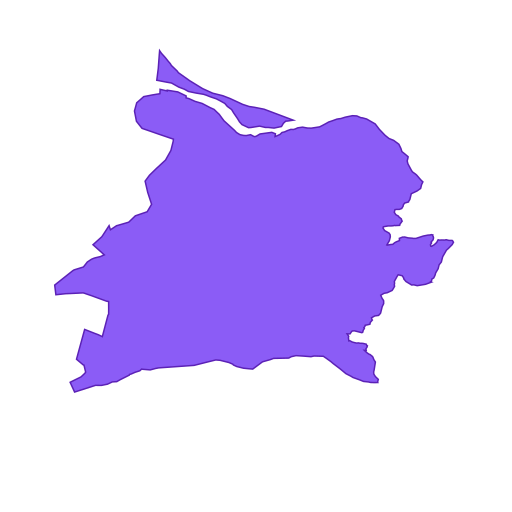 Dayrut, Asyut, Egypt (Robinson projection), rotated 284°
{"feature_id": "37247803B43857760448777", "entity_name": "Dayrut", "entity_type": "district", "adm_level": 2, "iso_a3": "EGY", "parent_name": "Egypt", "parent_adm1": "Asyut", "projection": "robinson", "projection_center": [30.795, 27.538], "detail": "fine", "context": "isolated", "style": "filled", "palette": "violet", "viewbox_px": 512, "rotation_deg": 284, "n_neighbors": 0, "source": "geoboundaries", "source_scale": "gbopen_adm2", "svg_char_len": 5799}
<svg xmlns="http://www.w3.org/2000/svg" viewBox="0 0 512 512"><g transform="rotate(284 256 256)"><path d="M389.1,379.6L390.9,376.0L392.6,372.3L395.4,370.6L399.0,367.6L401.5,361.6L402.2,356.6L404.4,351.9L408.7,345.1L413.0,339.7L415.7,330.2L415.8,326.1L415.6,324.1L416.3,320.0L415.5,315.7L413.8,312.1L412.3,309.0L409.9,305.1L409.3,303.5L408.4,301.4L405.7,297.4L403.6,294.1L401.3,291.7L398.6,288.7L396.7,286.5L393.3,278.4L393.3,278.2L393.2,277.6L392.6,274.9L392.3,270.0L390.8,266.3L390.4,265.4L388.8,263.4L387.8,261.7L387.3,259.2L385.1,255.9L383.4,253.8L382.1,251.3L379.9,250.0L377.8,247.4L376.5,245.6L379.3,245.3L379.8,241.4L375.4,230.4L372.5,227.5L371.9,226.7L371.4,225.4L372.4,221.4L370.5,217.4L370.0,214.8L369.9,212.3L369.9,211.0L371.1,207.2L372.8,204.6L375.9,198.8L379.4,192.3L381.5,189.7L384.6,186.0L386.5,182.6L388.1,179.9L388.9,175.5L391.0,166.8L391.3,159.5L392.5,152.8L392.5,149.9L394.4,149.5L396.3,140.4L395.4,129.8L394.7,130.0L394.6,128.2L394.5,122.6L393.0,123.0L392.6,123.0L390.4,123.5L390.2,123.5L388.7,119.9L387.0,116.0L386.1,114.1L383.5,108.5L381.3,107.0L375.8,103.2L367.3,103.0L357.8,107.4L357.4,107.9L352.3,114.5L352.2,115.3L351.6,122.3L350.7,132.2L349.4,147.6L347.2,147.9L345.1,147.9L337.8,147.9L327.2,145.0L318.2,139.1L317.5,138.6L308.6,133.1L301.8,130.3L291.4,135.6L290.8,136.0L280.9,142.2L272.6,139.7L265.8,129.2L258.0,124.3L252.0,114.0L251.7,113.4L246.2,108.4L249.9,106.1L238.6,102.2L237.3,101.7L227.5,95.1L220.4,108.5L218.3,105.8L217.8,105.2L215.6,100.9L214.8,99.5L213.1,97.2L209.4,93.8L206.9,92.7L203.6,91.2L198.8,83.3L198.3,82.6L197.2,81.6L179.1,67.7L170.5,71.0L170.0,71.2L173.3,80.2L174.8,85.3L178.4,97.2L178.3,99.3L178.2,100.0L177.7,106.1L176.0,121.9L176.2,124.0L168.8,125.9L163.8,127.1L162.8,126.7L140.6,126.4L141.5,121.8L141.9,118.2L143.3,107.5L129.9,107.2L112.4,106.8L108.5,114.8L108.5,115.5L102.1,118.8L100.8,118.3L97.8,116.4L96.3,115.4L91.5,109.7L88.5,106.2L80.1,112.9L91.7,131.6L93.0,137.2L95.7,142.9L99.1,147.1L100.4,151.3L103.1,154.1L109.8,161.9L110.5,161.9L111.2,163.3L113.9,166.8L116.5,171.0L118.6,172.4L118.7,173.6L119.9,180.9L122.6,185.8L123.9,188.6L134.9,222.4L140.9,233.6L145.4,242.1L146.1,246.4L146.1,254.1L146.1,255.5L145.4,259.7L144.8,260.4L144.1,264.0L144.1,268.2L144.1,271.0L144.8,275.9L145.5,280.2L154.9,287.9L158.9,294.9L160.9,297.8L164.9,312.5L165.8,313.4L166.9,314.7L169.0,318.9L170.3,325.9L171.0,330.1L171.6,333.7L173.0,336.5L175.0,345.6L173.7,349.1L171.7,354.1L170.3,356.9L167.0,364.6L165.0,368.8L163.6,371.7L162.3,377.3L161.6,379.4L160.9,386.4L160.3,390.7L161.0,395.6L161.0,397.7L161.6,400.5L162.3,403.3L162.7,404.8L163.2,404.5L165.9,404.5L167.9,401.0L169.9,398.9L172.0,398.2L174.0,398.2L182.0,397.5L184.0,395.4L186.0,394.0L186.7,393.3L188.0,390.5L188.0,389.8L188.7,387.7L189.4,386.3L190.7,384.0L191.1,385.8L192.5,385.1L194.5,385.8L195.8,385.8L195.8,385.1L197.1,384.4L197.1,382.2L197.1,380.8L196.5,378.0L196.5,376.6L195.8,374.5L195.8,373.8L195.8,372.4L195.8,370.3L196.5,367.5L196.1,366.6L199.2,365.4L200.5,365.4L202.5,363.2L203.2,366.1L205.2,366.8L206.0,367.2L206.5,367.5L207.2,369.6L207.2,370.3L207.2,371.7L207.2,373.8L207.2,377.3L207.9,378.0L209.9,378.0L211.9,378.7L212.6,378.0L213.9,378.7L215.2,378.7L215.9,380.2L216.6,381.6L217.3,383.0L217.9,383.0L219.3,383.0L222.0,384.4L222.6,383.7L224.0,383.0L224.6,383.7L225.7,384.8L226.6,385.8L228.0,389.3L229.4,390.1L230.7,390.7L233.4,390.7L237.4,390.7L240.7,391.4L243.4,390.7L244.1,390.1L245.4,388.6L246.9,387.4L248.1,386.5L250.8,389.3L252.1,392.2L255.5,396.4L257.5,397.1L260.2,397.8L261.5,397.1L262.8,397.1L264.9,396.4L267.5,397.1L270.2,397.8L272.2,398.5L272.2,399.2L272.2,399.9L272.2,401.3L272.2,402.7L270.2,404.8L269.6,404.8L267.5,407.7L266.2,411.9L265.5,414.0L266.2,416.1L266.2,419.6L269.1,426.3L269.6,427.4L272.9,432.3L272.9,430.9L273.6,432.3L276.3,432.3L277.6,433.7L279.2,434.1L281.0,434.4L283.0,434.4L287.7,435.8L291.7,435.8L295.0,437.3L300.4,437.3L307.8,439.4L309.8,440.8L314.5,443.6L317.1,444.3L318.5,442.9L318.5,442.2L317.8,439.4L317.8,436.6L317.1,435.2L316.5,432.4L315.8,430.2L315.8,428.8L313.1,428.1L311.8,427.4L309.8,426.0L307.8,423.9L307.8,423.2L309.1,422.5L311.1,423.2L311.8,422.5L314.5,423.9L315.1,423.9L316.5,423.9L317.8,423.2L318.5,422.5L319.2,422.5L319.2,421.1L318.5,419.7L317.8,417.6L315.8,413.4L311.8,407.0L311.1,404.2L311.1,403.5L310.4,399.3L310.4,397.9L310.4,395.8L309.8,393.6L307.8,390.8L305.7,391.5L303.7,388.7L302.4,387.3L300.4,385.9L299.7,383.8L298.4,381.0L298.4,380.3L303.1,381.7L307.1,381.7L309.1,381.0L310.4,379.6L311.8,374.6L312.5,373.9L313.8,372.5L315.1,372.5L315.8,373.9L317.1,376.8L317.8,379.6L318.5,381.7L319.2,383.1L319.2,383.8L320.5,388.0L321.8,388.0L325.2,389.4L325.9,388.7L327.2,388.0L328.5,385.2L329.2,384.5L329.9,381.7L331.2,380.3L331.9,379.6L334.6,379.6L335.2,381.0L335.9,383.8L337.3,385.9L339.9,386.7L341.3,386.6L343.3,387.4L345.3,390.9L346.0,390.9L348.0,391.6L349.3,391.6L350.0,391.6L354.0,391.6L358.0,396.5L361.4,399.4L362.7,399.4L363.8,399.4L364.7,399.4L365.4,399.4L368.3,400.0L369.4,398.0L371.4,395.1L373.4,392.3L374.1,390.9L375.5,387.4L376.8,386.0L382.2,381.1L383.5,380.4L384.8,379.7L385.9,379.7L386.9,379.7L388.0,379.7L389.1,379.6ZM396.8,259.3L400.4,228.3L399.9,218.4L399.4,213.2L399.9,206.4L402.5,192.9L403.5,185.0L403.5,174.6L405.5,163.7L410.1,149.1L415.1,136.3L416.4,134.8L418.4,131.3L420.4,127.8L421.8,126.4L423.8,123.6L426.5,120.1L429.8,115.2L431.9,112.8L428.8,113.3L414.3,115.8L402.5,117.2L402.7,119.8L402.7,120.9L403.1,128.0L403.4,132.2L402.6,135.1L401.2,140.2L400.5,146.2L399.3,150.6L399.6,158.4L400.2,165.9L400.0,168.8L399.4,173.3L398.9,179.5L397.9,183.7L396.5,188.8L394.2,192.0L392.2,196.9L389.5,199.6L384.9,204.8L382.2,207.5L380.1,210.6L378.7,217.7L379.4,219.9L381.2,224.1L382.9,228.1L383.0,234.0L383.7,236.9L384.5,242.6L387.8,249.4L391.4,250.5L394.0,252.2L394.6,254.0L396.8,259.3Z" fill="#8b5cf6" stroke="#5b21b6" stroke-width="1.5"/></g></svg>